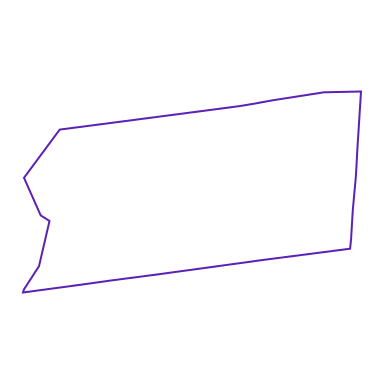 outline of Putnam, New York, United States of America
{"feature_id": "52423323B74073307510671", "entity_name": "Putnam", "entity_type": "district", "adm_level": 2, "iso_a3": "USA", "parent_name": "United States of America", "parent_adm1": "New York", "projection": "equal_earth", "projection_center": [-73.677, 41.424], "detail": "fine", "context": "isolated", "style": "outline", "palette": "violet", "viewbox_px": 384, "rotation_deg": 0, "n_neighbors": 0, "source": "geoboundaries", "source_scale": "gbopen_adm2", "svg_char_len": 548}
<svg xmlns="http://www.w3.org/2000/svg" viewBox="0 0 384 384"><path d="M23.9,289.5L23.0,292.5L89.6,283.5L113.1,280.2L161.4,273.9L174.4,272.1L264.1,259.8L350.1,248.7L351.1,238.7L352.8,210.0L355.3,182.7L355.5,180.8L355.9,175.7L356.5,165.7L356.6,164.0L356.7,161.9L356.7,161.4L356.8,160.0L357.1,153.8L357.8,141.7L357.9,141.2L357.9,140.7L357.9,139.5L358.0,138.7L358.1,137.9L361.0,91.5L323.9,92.3L273.2,100.2L254.1,103.7L239.6,106.1L59.7,129.6L24.0,177.8L40.7,215.4L49.5,221.0L39.0,266.2L23.9,289.5Z" fill="none" stroke="#5b21b6" stroke-width="2"/></svg>